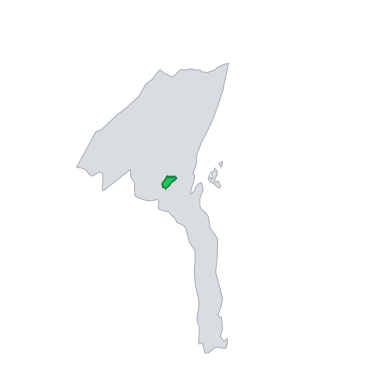 Dekemhare, Debub, Eritrea (highlighted), rotated 33°
{"feature_id": "51966322B31407938426856", "entity_name": "Dekemhare", "entity_type": "district", "adm_level": 2, "iso_a3": "ERI", "parent_name": "Eritrea", "parent_adm1": "Debub", "projection": "equal_earth", "projection_center": [39.033, 15.089], "detail": "fine", "context": "in_parent", "style": "filled", "palette": "green", "viewbox_px": 384, "rotation_deg": 33, "n_neighbors": 0, "source": "geoboundaries", "source_scale": "gbopen_adm2", "svg_char_len": 5091}
<svg xmlns="http://www.w3.org/2000/svg" viewBox="0 0 384 384"><g transform="rotate(33 192 192)"><path d="M81.8,234.0L80.7,220.9L80.0,212.2L79.3,202.9L78.6,194.2L81.9,188.9L83.4,183.8L87.3,167.2L88.8,163.9L91.8,155.1L92.3,152.5L95.3,141.4L95.0,134.0L94.5,126.5L96.1,122.1L97.6,118.6L97.5,115.6L98.1,108.6L98.6,106.9L100.4,106.8L104.0,107.7L106.7,107.0L109.8,107.0L112.1,106.8L113.6,104.6L115.5,96.5L116.8,94.9L117.7,94.4L120.4,92.9L122.8,90.5L124.7,88.8L125.4,88.5L127.4,88.3L129.4,87.3L130.3,86.2L132.8,85.2L135.3,85.8L137.0,84.8L138.1,84.1L139.4,84.1L140.5,83.1L141.0,81.7L141.7,80.8L143.7,78.7L144.6,77.1L145.0,75.6L145.3,74.4L146.2,72.3L149.6,67.2L152.5,64.2L162.6,90.2L166.7,105.7L170.4,121.8L173.1,146.0L175.7,158.4L179.8,164.5L182.7,176.0L185.1,176.5L186.9,179.7L189.9,190.5L192.1,194.5L193.3,191.1L193.1,189.1L192.3,185.7L193.1,181.4L194.7,178.9L198.6,182.4L200.7,185.0L201.3,190.4L202.2,193.3L206.3,199.6L209.7,201.4L214.1,201.9L217.9,203.2L220.8,205.5L226.4,211.9L239.2,217.5L249.5,234.6L255.6,246.5L275.6,264.5L279.1,273.2L280.9,281.6L285.1,281.2L292.3,290.5L294.4,297.5L300.3,300.1L301.3,295.9L304.2,299.4L305.4,304.7L301.6,306.8L297.5,308.7L296.9,308.6L295.5,311.0L293.6,317.7L291.4,319.7L290.3,319.8L283.8,313.6L282.8,313.2L281.4,314.5L280.4,315.7L277.3,311.0L275.1,306.8L272.0,301.8L269.0,299.5L265.8,296.7L262.6,290.2L259.4,283.0L254.6,277.0L245.7,268.5L237.5,257.8L231.2,246.5L227.2,240.6L225.5,239.2L217.2,235.5L211.4,230.3L206.9,226.1L204.2,225.0L201.5,224.8L195.9,225.7L191.2,223.0L189.2,223.0L186.0,222.2L183.6,221.3L180.7,222.4L174.7,224.3L172.3,223.9L170.9,221.3L170.2,219.2L168.1,217.1L166.4,217.1L165.4,219.0L159.2,223.8L148.8,226.4L146.3,226.2L144.5,224.3L139.2,216.2L137.7,214.8L136.6,214.7L134.1,213.7L131.8,212.2L129.9,208.8L127.9,206.9L125.7,213.5L121.9,224.9L119.8,231.0L117.2,238.9L116.4,239.2L115.0,238.6L109.9,228.8L106.6,225.1L104.2,225.4L102.4,227.2L101.2,230.5L100.0,232.6L98.7,233.3L95.9,233.0L91.5,231.4L87.0,231.7L82.4,234.0L81.8,234.0ZM204.1,168.6L205.5,171.0L206.5,170.8L207.2,170.0L207.8,168.3L213.1,171.6L212.8,173.9L209.6,174.0L205.9,173.1L202.5,173.4L198.5,172.4L197.6,168.6L200.1,170.4L201.5,170.0L201.7,169.5L199.9,166.9L197.3,166.4L197.5,164.4L198.6,163.6L199.3,162.6L197.9,159.8L200.8,160.5L202.6,162.1L203.8,164.1L204.1,168.6ZM201.9,151.1L203.0,155.5L199.7,153.8L199.2,152.9L200.6,151.2L200.9,150.1L201.9,151.1Z" fill="#d9dde1" stroke="#a8b0b8" stroke-width="1"/><path d="M162.6,201.7L162.8,201.7L162.9,201.8L162.9,201.7L163.0,201.7L163.1,201.8L163.2,202.0L163.3,202.0L163.5,202.1L163.8,202.2L163.9,202.4L164.0,202.4L164.2,202.5L164.3,202.5L164.4,202.8L164.5,203.0L164.6,203.5L164.7,203.8L164.9,204.0L165.0,204.0L165.0,203.9L165.1,203.6L165.3,203.5L165.5,203.6L165.7,203.4L165.8,203.4L166.0,203.4L166.3,203.3L166.6,203.3L167.0,203.3L167.5,203.4L167.8,203.5L168.0,203.5L168.3,203.7L168.3,203.2L168.2,203.0L168.2,202.7L168.2,202.3L168.2,202.2L168.3,201.9L168.4,201.7L168.5,201.5L168.7,201.4L168.9,200.9L169.0,200.7L169.1,200.4L169.2,200.1L169.2,199.9L169.1,199.6L169.2,199.4L169.1,199.2L169.3,199.0L169.3,198.9L169.4,198.7L169.3,198.4L169.4,198.1L169.5,198.1L169.5,197.9L169.4,197.7L169.4,197.4L169.4,197.2L169.4,196.9L169.4,196.5L169.4,196.2L169.4,195.9L169.5,195.5L169.6,195.0L169.6,194.8L169.6,194.7L169.8,194.4L170.0,193.9L170.3,193.6L170.4,193.4L170.4,193.2L170.6,192.9L170.6,192.7L170.7,192.4L170.7,192.2L170.8,191.9L170.9,191.5L171.0,191.5L171.0,191.4L171.0,191.2L171.2,190.8L171.2,190.6L171.2,190.4L171.2,190.2L171.3,190.0L171.3,189.9L171.4,189.7L171.5,189.6L171.6,189.2L171.4,189.0L171.5,188.9L171.4,188.8L171.2,188.9L171.1,188.7L171.0,188.8L170.9,188.7L170.7,188.7L170.4,188.5L170.2,188.5L170.1,188.4L169.9,188.4L169.7,188.4L169.4,188.4L169.2,188.3L168.9,188.4L168.6,188.5L168.3,188.6L168.2,188.6L168.3,188.9L168.3,189.0L168.3,189.4L168.3,189.5L168.2,189.9L168.2,190.0L168.2,190.3L168.2,190.5L167.9,190.5L167.8,190.4L167.7,190.3L167.6,190.1L167.4,190.0L167.1,190.3L167.0,190.5L166.9,190.3L166.8,190.2L166.7,190.1L166.4,190.0L166.2,190.1L165.9,190.3L165.9,190.2L165.7,190.2L165.6,190.3L165.6,190.6L165.6,190.8L165.7,191.0L165.7,191.3L165.6,191.5L165.4,191.4L165.0,191.2L164.9,191.3L164.8,191.5L164.7,191.6L164.8,191.7L164.7,191.8L164.7,192.0L164.8,192.2L164.8,192.3L164.7,192.3L164.4,192.4L164.3,192.5L164.2,192.5L163.8,192.4L163.7,192.4L163.5,192.2L163.4,192.2L163.5,192.0L163.5,191.9L163.4,191.8L163.1,192.2L163.1,192.4L163.1,192.5L163.0,192.4L163.0,192.2L162.9,192.1L162.7,192.1L162.4,192.1L162.3,192.3L162.3,192.5L162.4,192.8L162.4,193.0L162.5,193.1L162.4,193.2L162.5,193.4L162.6,193.5L162.6,193.8L162.7,194.0L162.7,194.3L162.8,194.4L162.8,194.5L162.8,194.8L162.8,195.0L162.7,195.2L162.7,195.3L162.6,195.5L162.7,195.8L162.7,196.0L162.5,196.3L162.5,196.5L162.6,196.8L162.7,197.0L162.6,197.4L162.6,197.5L162.7,197.4L162.8,197.5L162.7,197.6L162.7,197.8L162.7,198.1L162.7,198.3L162.6,198.5L162.6,198.9L162.6,199.1L162.5,199.3L162.5,199.5L162.4,199.7L162.4,199.8L162.3,200.0L162.3,200.3L162.4,200.5L162.4,200.9L162.4,201.0L162.5,201.1L162.5,201.3L162.5,201.5L162.6,201.7Z" fill="#22c55e" stroke="#15803d" stroke-width="1.5"/></g></svg>